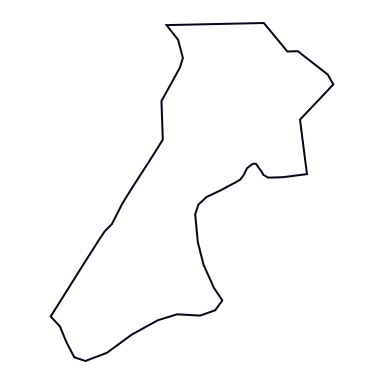 outline of Damso, Southern Darfur, Sudan
{"feature_id": "16777658B98541328968966", "entity_name": "Damso", "entity_type": "district", "adm_level": 2, "iso_a3": "SDN", "parent_name": "Sudan", "parent_adm1": "Southern Darfur", "projection": "robinson", "projection_center": [24.528, 10.758], "detail": "fine", "context": "isolated", "style": "outline", "palette": "ink", "viewbox_px": 384, "rotation_deg": 0, "n_neighbors": 0, "source": "geoboundaries", "source_scale": "gbopen_adm2", "svg_char_len": 900}
<svg xmlns="http://www.w3.org/2000/svg" viewBox="0 0 384 384"><path d="M304.8,157.2L300.0,119.6L321.3,97.2L333.3,84.4L327.8,74.6L297.8,51.2L287.4,51.5L263.8,23.0L166.6,25.1L170.2,29.8L178.1,39.8L182.9,57.9L180.1,67.1L171.7,82.6L161.5,100.9L161.8,110.8L162.8,139.6L161.3,142.0L153.9,153.9L149.4,161.0L145.9,166.5L142.7,171.4L139.1,177.0L133.0,186.4L125.3,198.7L122.1,204.0L112.0,223.9L104.7,231.3L98.7,240.3L80.5,269.0L50.7,316.5L60.0,326.5L66.3,341.9L74.3,357.3L85.4,361.0L106.9,352.8L131.6,334.7L157.9,320.2L177.2,314.3L200.1,315.6L215.3,310.2L222.3,300.4L213.9,287.8L203.5,264.6L197.8,242.0L195.2,214.3L198.4,204.6L206.6,196.9L220.5,190.4L229.4,185.6L235.7,182.3L240.4,179.5L243.6,175.1L247.1,168.2L251.8,164.5L254.3,163.6L256.1,163.9L258.3,167.2L261.5,171.5L263.3,174.8L267.9,177.5L273.7,177.5L282.8,177.2L292.4,176.0L307.0,174.1L304.8,157.2Z" fill="none" stroke="#020617" stroke-width="2"/></svg>